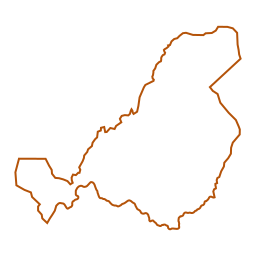 Bangassou, Mbomou, Central African Republic
{"feature_id": "33826404B81358030227477", "entity_name": "Bangassou", "entity_type": "district", "adm_level": 2, "iso_a3": "CAF", "parent_name": "Central African Republic", "parent_adm1": "Mbomou", "projection": "albers", "projection_center": [23.188, 5.123], "detail": "fine", "context": "isolated", "style": "outline", "palette": "amber", "viewbox_px": 256, "rotation_deg": 0, "n_neighbors": 0, "source": "geoboundaries", "source_scale": "gbopen_adm2", "svg_char_len": 5870}
<svg xmlns="http://www.w3.org/2000/svg" viewBox="0 0 256 256"><path d="M168.1,45.4L168.5,46.5L166.6,48.1L164.5,49.3L163.9,50.0L164.4,51.6L165.1,52.7L164.5,54.4L162.9,55.1L161.7,56.7L161.2,58.0L161.2,59.9L160.9,61.3L159.1,62.1L156.4,64.7L155.2,68.4L153.4,70.9L153.4,72.5L153.0,75.1L152.3,76.6L152.7,78.5L153.8,79.7L153.5,80.9L145.4,84.9L143.9,87.3L139.6,97.3L138.4,105.9L137.1,111.7L135.9,112.5L133.6,113.9L132.8,112.7L132.4,110.7L131.5,109.3L130.8,110.7L129.9,113.9L128.3,115.4L124.8,115.1L121.7,115.9L119.9,118.8L121.3,122.3L116.1,125.9L114.6,129.0L110.3,128.0L106.7,132.0L105.2,132.1L104.2,127.0L101.0,127.8L100.8,130.5L97.8,131.7L97.1,137.4L95.2,139.1L92.6,142.7L91.9,146.1L88.1,149.3L87.2,152.0L84.2,155.5L83.9,158.0L82.6,161.3L79.2,167.3L80.3,169.8L79.5,172.8L78.2,172.8L75.9,175.1L73.0,174.6L71.6,177.6L71.8,180.3L72.7,182.8L70.3,184.3L67.5,181.1L63.3,179.4L59.0,178.2L55.3,177.9L52.0,173.7L51.7,169.9L49.1,165.7L45.6,158.8L19.0,158.7L15.4,172.3L16.4,185.3L24.5,189.9L30.9,192.4L32.1,197.0L39.8,204.3L38.1,206.5L38.1,210.6L41.7,214.6L42.3,218.4L47.2,223.0L49.8,218.5L52.4,214.6L54.8,210.7L56.3,205.7L57.8,204.2L58.4,203.6L58.8,203.4L59.0,203.3L59.5,203.1L60.0,203.0L60.7,203.1L61.8,203.3L62.2,203.4L62.8,203.4L63.0,203.5L63.6,203.7L63.9,204.0L64.5,204.5L64.7,204.8L65.3,205.8L66.1,207.1L66.7,208.0L66.9,208.2L67.2,208.4L67.4,208.6L67.7,208.6L68.1,208.5L68.4,208.4L69.3,207.7L69.8,207.4L71.0,206.9L71.3,206.7L71.7,206.3L71.9,205.8L72.2,205.3L72.3,204.9L72.2,203.4L72.3,202.6L72.5,202.1L72.7,201.6L73.1,201.3L74.1,200.7L74.4,200.4L74.8,200.0L75.3,199.7L75.6,199.6L76.8,199.3L77.2,199.1L77.4,199.0L77.8,198.7L78.0,198.4L78.3,197.9L78.3,197.6L78.3,197.0L78.3,196.8L78.1,196.4L77.8,196.1L77.6,196.0L76.7,195.6L76.4,195.4L76.2,195.2L75.9,194.8L75.8,194.4L75.8,194.0L75.8,192.2L75.8,191.7L75.8,191.1L75.9,190.5L76.4,189.5L77.3,187.9L77.9,187.3L78.6,186.6L79.4,186.2L80.4,185.9L80.7,185.8L81.1,185.8L81.7,185.9L82.1,186.0L82.6,186.3L83.4,186.7L83.8,186.8L84.2,186.9L85.1,186.8L85.7,186.6L86.2,186.5L86.4,186.4L87.0,186.0L88.0,185.0L89.7,183.1L90.3,182.5L90.7,182.2L90.9,182.1L91.1,182.1L91.4,182.1L91.7,182.1L91.9,182.2L92.8,182.5L93.0,182.7L93.3,183.0L93.7,183.3L93.9,183.7L94.2,184.1L94.5,184.7L94.7,185.2L95.3,187.0L96.2,189.3L96.3,189.6L97.1,190.7L97.3,191.0L97.4,191.5L97.6,192.8L98.1,194.1L98.3,194.8L98.9,196.4L99.2,197.1L99.4,197.4L99.6,197.6L99.9,197.9L100.2,198.1L100.6,198.1L101.6,198.2L102.1,198.3L102.4,198.5L103.1,198.9L103.3,199.0L104.2,199.0L105.3,199.5L105.6,199.7L106.2,200.3L106.4,200.4L106.6,200.6L107.4,200.8L108.3,201.0L108.9,201.3L109.2,201.5L109.4,201.7L110.0,202.6L111.1,203.7L111.8,204.4L112.4,204.8L113.1,205.1L113.8,205.3L114.5,205.5L115.3,205.5L116.1,205.6L116.9,205.9L117.6,206.3L118.0,206.4L118.7,206.3L119.3,206.0L120.3,205.5L121.0,205.1L121.7,204.4L122.1,204.1L122.4,203.9L123.6,203.6L124.1,203.3L124.7,203.0L125.5,202.5L126.3,201.9L127.5,201.0L127.8,200.8L128.6,200.5L128.9,200.4L129.5,200.4L129.8,200.5L130.2,200.7L130.7,200.9L131.4,201.4L132.3,202.2L132.7,202.5L133.8,203.1L134.3,203.4L134.6,203.7L134.9,204.1L135.1,204.6L135.6,205.9L135.8,206.4L136.3,207.2L137.0,208.6L137.1,208.8L137.4,209.0L137.7,209.3L138.2,209.6L138.8,209.9L139.4,210.3L139.6,210.4L140.1,210.9L140.4,211.4L141.0,212.5L141.3,213.0L142.0,213.4L142.7,213.6L143.3,213.7L143.7,213.6L144.0,213.6L145.1,213.2L145.4,213.1L145.8,213.1L146.2,213.2L146.6,213.3L147.2,213.7L147.4,213.9L147.7,214.2L148.2,214.9L148.6,216.4L149.0,217.3L149.1,217.7L149.2,218.2L149.3,218.8L149.3,220.2L149.5,220.7L149.7,220.9L149.9,221.2L150.2,221.3L150.5,221.3L151.8,220.7L152.3,220.5L152.5,220.5L152.8,220.5L153.1,220.6L153.3,220.8L154.4,221.9L154.9,222.3L156.0,223.2L156.4,223.8L156.8,224.4L157.1,224.8L157.3,225.0L157.7,225.2L158.5,225.4L159.3,225.8L160.0,226.0L160.4,226.0L160.6,226.0L160.8,225.9L161.0,225.8L161.5,225.4L161.9,225.1L162.1,225.0L162.5,224.9L162.9,225.0L163.1,225.0L163.3,224.9L163.9,224.6L164.3,224.6L164.7,224.6L165.2,224.7L165.5,224.9L166.3,225.4L166.6,225.6L166.9,225.7L167.2,225.7L167.5,225.8L167.8,226.2L168.0,226.9L168.1,227.5L168.2,227.9L168.3,228.2L168.6,228.5L169.0,228.9L169.3,229.1L169.7,229.2L170.1,229.2L170.6,229.2L171.7,228.6L172.1,228.5L172.9,228.5L174.7,228.7L175.9,228.8L176.8,228.9L177.5,228.8L178.2,228.6L178.8,228.1L179.1,227.8L179.1,227.6L179.2,227.3L179.2,227.0L179.1,226.2L179.0,225.3L179.0,224.8L179.2,223.8L178.9,222.3L178.9,221.9L178.6,221.5L178.5,220.9L178.5,219.8L178.7,219.0L178.7,218.2L179.0,217.6L179.3,217.3L179.7,217.1L180.0,216.6L180.4,216.4L180.8,216.2L181.5,216.3L183.0,215.5L183.3,214.9L183.7,213.9L184.2,213.2L184.7,212.8L185.3,212.5L186.0,212.5L186.8,212.7L187.4,212.9L187.7,212.9L188.4,212.9L189.7,212.6L190.2,212.7L190.9,212.9L191.4,213.0L192.2,213.0L193.0,212.8L193.7,212.4L194.3,211.9L195.2,210.9L195.4,210.8L195.8,210.7L196.3,210.6L196.6,210.4L196.9,210.0L197.1,209.7L197.4,209.4L198.0,209.2L198.5,209.1L199.2,208.7L200.0,208.0L200.3,207.6L200.8,206.5L201.4,205.7L202.0,205.4L202.7,205.2L203.2,205.0L203.6,204.7L204.0,204.2L204.3,203.7L204.4,203.2L204.5,202.7L204.6,202.0L204.9,201.5L205.3,201.2L205.7,201.1L206.0,201.1L206.3,201.1L206.9,200.5L207.0,200.4L207.4,200.1L208.0,199.5L208.4,198.9L208.8,198.3L209.1,197.6L209.5,197.1L209.9,196.8L210.5,196.7L211.0,196.7L211.6,196.8L212.9,197.4L213.4,197.5L214.0,197.5L214.6,197.3L213.3,191.5L214.1,189.3L215.9,188.4L215.8,186.9L215.4,185.3L215.4,183.8L217.1,183.1L216.7,180.1L217.4,178.0L219.3,177.0L221.2,171.3L223.9,166.5L224.3,162.7L228.2,158.2L230.9,153.7L231.1,147.8L232.8,142.6L239.7,134.5L239.8,129.4L238.8,126.7L235.9,120.0L228.7,112.8L220.3,102.7L217.6,94.0L212.8,90.9L209.9,87.1L240.6,58.7L239.2,54.6L238.6,49.9L237.6,44.6L237.1,32.8L232.8,28.3L227.5,26.9L220.6,26.8L218.1,26.8L215.8,30.6L211.8,33.0L205.6,33.3L203.4,35.1L192.9,34.9L186.0,32.8L182.9,33.2L179.5,35.9L177.3,38.2L174.2,39.0L171.5,41.4L170.0,45.0L168.1,45.4Z" fill="none" stroke="#b45309" stroke-width="2"/></svg>